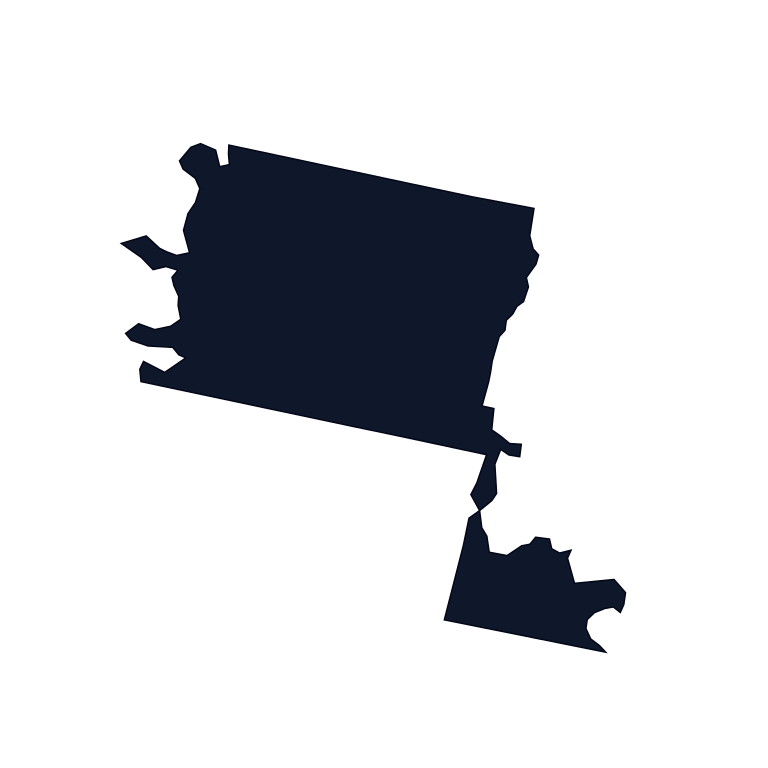 Serafina Corrêa, Rio Grande do Sul, Brazil, rotated 196°
{"feature_id": "56859067B89620612627908", "entity_name": "Serafina Corrêa", "entity_type": "district", "adm_level": 2, "iso_a3": "BRA", "parent_name": "Brazil", "parent_adm1": "Rio Grande do Sul", "projection": "mercator", "projection_center": [-51.947, -28.687], "detail": "fine", "context": "isolated", "style": "filled", "palette": "ink", "viewbox_px": 768, "rotation_deg": 196, "n_neighbors": 0, "source": "geoboundaries", "source_scale": "gbopen_adm2", "svg_char_len": 1475}
<svg xmlns="http://www.w3.org/2000/svg" viewBox="0 0 768 768"><g transform="rotate(196 384 384)"><path d="M257.2,288.7L248.2,301.7L245.6,309.8L255.3,337.4L253.8,353.3L244.4,350.2L233.5,351.5L235.4,363.9L246.8,361.4L257.9,366.2L267.8,369.6L271.6,390.7L283.7,389.9L284.0,414.8L284.8,424.7L286.3,435.8L286.3,461.3L282.5,469.0L284.0,478.9L279.5,486.9L277.6,495.3L272.6,501.7L271.9,517.1L276.5,525.6L270.9,541.2L270.9,550.6L277.9,555.0L284.8,566.7L288.2,594.1L351.3,588.2L417.6,583.5L599.0,570.9L596.8,561.9L593.1,552.3L601.8,547.6L610.3,562.4L626.6,564.5L634.9,558.3L642.1,542.1L636.3,535.2L622.1,529.7L614.9,521.1L615.3,506.4L619.4,493.8L619.1,476.4L607.1,456.6L618.7,450.4L629.6,451.2L637.2,452.6L653.4,460.8L675.3,446.7L652.2,438.8L637.5,430.3L625.9,436.8L613.4,436.6L617.2,428.1L613.1,420.7L605.5,411.7L603.6,402.8L597.2,390.2L605.0,380.7L619.4,373.1L636.5,374.3L646.3,361.4L639.1,356.4L621.4,355.5L597.2,361.0L589.3,355.5L581.7,354.5L598.0,334.7L621.4,339.4L622.8,330.9L618.3,319.3L401.7,334.7L360.0,337.8L265.9,344.3L267.5,314.5L270.0,301.6L257.2,288.7ZM97.0,187.3L104.9,192.0L115.0,195.9L122.5,204.6L123.7,213.6L118.7,222.2L110.0,229.0L102.1,232.9L93.9,229.5L92.7,238.1L94.3,250.0L109.0,259.5L145.9,244.9L159.6,267.2L158.4,275.8L168.6,269.9L177.4,271.9L182.2,280.6L196.0,278.5L199.6,270.2L207.1,266.4L218.4,253.0L236.5,251.3L243.2,266.1L250.4,272.8L257.2,288.7L265.3,278.5L263.2,250.5L261.0,173.9L97.0,187.3Z" fill="#0f172a" stroke="#020617" stroke-width="1.5"/></g></svg>